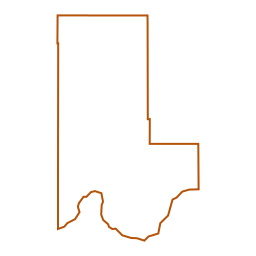 Ellis, Oklahoma, United States of America
{"feature_id": "52423323B61060611937313", "entity_name": "Ellis", "entity_type": "district", "adm_level": 2, "iso_a3": "USA", "parent_name": "United States of America", "parent_adm1": "Oklahoma", "projection": "equal_earth", "projection_center": [-99.742, 36.218], "detail": "fine", "context": "isolated", "style": "outline", "palette": "amber", "viewbox_px": 256, "rotation_deg": 0, "n_neighbors": 0, "source": "geoboundaries", "source_scale": "gbopen_adm2", "svg_char_len": 633}
<svg xmlns="http://www.w3.org/2000/svg" viewBox="0 0 256 256"><path d="M57.6,15.4L57.4,43.4L58.2,43.3L58.0,176.5L58.0,229.0L64.4,226.6L67.2,223.2L75.1,219.1L79.5,212.2L77.9,206.7L78.9,203.2L83.5,196.8L86.4,196.8L91.0,192.1L94.9,191.1L101.4,193.2L103.0,201.7L101.7,205.1L101.2,214.5L103.2,220.0L108.2,224.3L108.9,226.8L112.3,229.0L115.7,228.7L122.3,235.3L131.2,238.0L136.8,238.2L144.4,240.6L148.5,236.5L158.3,233.5L160.3,223.2L168.1,215.5L172.5,199.6L176.7,197.5L182.3,191.6L189.2,189.6L198.6,189.3L198.3,143.9L149.7,143.9L149.8,119.1L147.8,119.2L147.6,23.7L147.5,15.5L57.6,15.4Z" fill="none" stroke="#b45309" stroke-width="2"/></svg>